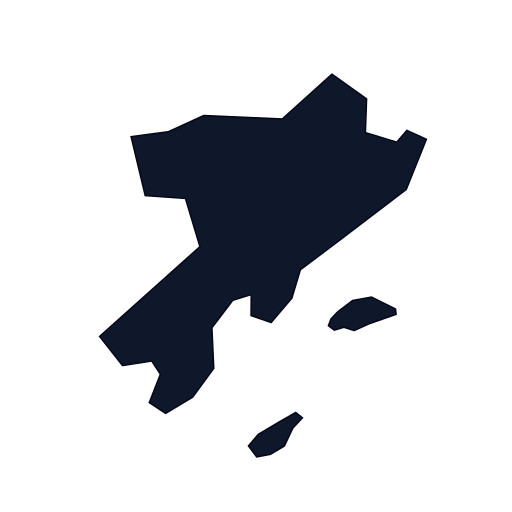 the state/province of Port Glaud, rotated 284°
{"feature_id": "SYC-5218", "entity_name": "Port Glaud", "entity_type": "state/province", "adm_level": 1, "iso_a3": "SYC", "parent_name": "Seychelles", "parent_adm1": "", "projection": "equal_earth", "projection_center": [55.401, -4.652], "detail": "fine", "context": "isolated", "style": "filled", "palette": "ink", "viewbox_px": 512, "rotation_deg": 284, "n_neighbors": 0, "source": "natural_earth", "source_scale": "10m", "svg_char_len": 812}
<svg xmlns="http://www.w3.org/2000/svg" viewBox="0 0 512 512"><g transform="rotate(284 256 256)"><path d="M410.5,393.1L356.9,385.7L288.5,330.9L253.4,302.4L223.8,301.0L195.1,286.8L197.0,265.6L217.4,260.7L207.4,244.2L175.7,230.6L136.8,242.2L103.7,228.7L81.4,206.4L87.9,187.9L118.1,191.8L128.9,180.2L117.4,153.0L140.1,123.7L251.5,199.3L294.8,173.6L287.8,133.9L341.6,105.9L355.4,140.9L379.7,171.3L395.3,248.3L450.8,285.7L435.2,325.3L402.2,332.3L400.5,365.0L414.4,372.0L410.5,393.1ZM213.1,344.0L221.8,348.9L236.2,360.5L244.1,378.0L240.5,394.5L238.3,404.2L233.3,406.1L217.4,381.9L207.4,369.3L208.1,358.6L203.0,349.9L205.9,343.1L213.1,344.0ZM69.9,294.6L83.6,301.4L100.8,318.8L113.8,332.4L110.2,340.2L98.0,333.4L78.5,329.5L67.0,317.9L61.2,305.3L69.9,294.6Z" fill="#0f172a" stroke="#020617" stroke-width="1.5"/></g></svg>